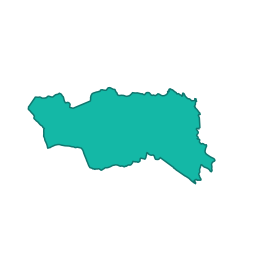 Nicoadala, Zambezia, Mozambique, rotated 306°
{"feature_id": "85939544B24973508625893", "entity_name": "Nicoadala", "entity_type": "district", "adm_level": 2, "iso_a3": "MOZ", "parent_name": "Mozambique", "parent_adm1": "Zambezia", "projection": "natural_earth1", "projection_center": [36.681, -17.573], "detail": "fine", "context": "isolated", "style": "filled", "palette": "teal", "viewbox_px": 256, "rotation_deg": 306, "n_neighbors": 0, "source": "geoboundaries", "source_scale": "gbopen_adm2", "svg_char_len": 5870}
<svg xmlns="http://www.w3.org/2000/svg" viewBox="0 0 256 256"><g transform="rotate(306 128 128)"><path d="M182.4,176.2L182.9,174.8L183.5,172.8L183.8,170.4L184.2,170.4L184.4,170.2L184.5,169.1L185.1,168.9L186.1,168.8L186.8,168.6L187.6,168.0L189.0,167.4L189.4,167.4L189.9,167.7L190.2,167.4L190.6,166.4L190.8,166.3L191.4,166.2L191.3,165.4L191.0,164.9L190.2,165.4L190.2,165.8L190.1,166.1L189.7,166.0L188.9,165.3L187.5,163.5L187.5,162.6L187.7,161.8L187.7,160.8L187.6,160.5L187.3,159.9L187.0,159.3L186.9,158.3L187.2,157.2L187.2,156.0L188.3,153.9L188.6,153.3L188.7,152.5L188.5,152.0L188.2,151.9L187.4,152.3L186.4,153.3L185.9,153.2L185.4,152.8L185.8,151.8L185.4,150.5L185.4,149.9L185.5,149.3L185.5,148.8L185.3,148.4L184.6,147.9L184.4,147.5L184.5,147.1L184.9,146.3L184.9,145.4L184.8,144.6L185.0,142.0L185.0,141.5L184.7,140.9L184.5,139.2L184.3,139.0L183.8,139.3L183.7,139.1L183.6,138.6L183.3,138.5L182.5,138.9L181.8,139.6L181.7,139.6L181.7,139.1L181.0,139.2L180.9,138.7L180.5,138.8L180.2,139.3L179.1,139.7L177.0,139.2L175.6,138.4L175.2,138.0L174.3,136.9L173.9,135.6L173.8,134.7L173.8,133.9L173.6,133.0L173.3,132.2L173.0,132.0L172.3,132.0L171.4,131.6L170.6,131.3L170.2,131.0L169.7,129.5L169.5,129.0L168.6,128.5L168.5,128.3L168.3,127.5L168.5,126.8L168.9,124.8L168.9,124.2L168.6,123.6L167.9,122.6L167.4,122.2L166.8,122.0L164.9,121.9L164.6,121.7L164.3,121.1L164.1,120.4L164.1,119.8L164.0,119.3L163.4,118.6L162.0,115.1L160.5,113.2L159.2,110.9L157.6,110.8L156.0,110.4L155.7,110.5L155.4,110.3L155.0,110.2L153.5,109.0L152.7,108.2L152.4,107.6L151.8,105.4L150.6,103.4L149.3,102.0L149.0,101.6L148.8,100.7L148.8,100.0L148.9,99.7L149.8,98.6L149.9,98.3L150.3,96.6L151.2,95.3L151.4,94.8L151.3,94.4L150.6,93.2L150.2,90.4L149.9,89.5L149.1,88.6L148.5,88.3L147.9,88.2L146.6,88.3L145.7,88.1L145.4,87.8L144.5,86.4L143.8,84.7L143.1,83.9L142.5,83.5L141.2,83.7L140.9,83.5L140.3,82.8L139.6,82.4L138.6,81.4L135.7,79.3L135.2,79.1L134.3,78.8L132.4,79.1L130.3,80.0L130.0,80.4L128.5,81.3L127.9,81.6L127.6,81.6L111.7,72.0L110.8,69.7L110.5,68.8L111.6,67.9L112.5,67.6L113.0,67.3L113.5,66.4L113.6,65.5L113.5,64.7L113.3,64.2L112.9,63.8L112.0,63.1L111.7,62.8L111.7,62.4L112.1,61.3L112.6,60.4L114.9,57.7L115.2,57.1L115.4,55.8L116.0,54.6L116.1,54.1L116.0,53.0L115.7,52.0L115.3,52.0L114.3,51.5L113.7,51.1L112.9,50.3L112.1,49.8L110.5,49.3L109.6,49.2L108.6,48.7L108.0,47.6L107.3,45.5L106.9,44.8L106.0,44.3L104.8,44.3L104.0,43.7L103.2,43.0L101.9,41.3L101.6,40.6L101.5,39.3L101.2,38.5L100.7,37.9L100.4,37.7L99.7,36.8L99.3,36.0L98.5,34.9L87.0,35.2L86.9,35.1L86.4,35.2L85.6,35.9L84.8,36.1L84.4,37.3L84.2,39.1L83.8,40.4L83.3,43.2L82.9,44.5L82.3,45.4L81.3,45.8L80.9,45.9L80.5,46.3L80.3,46.9L80.2,48.2L79.9,49.6L79.9,51.4L79.1,54.8L79.0,56.2L79.1,57.7L79.0,58.1L78.5,58.7L78.4,59.2L78.4,60.5L77.5,60.6L75.2,62.2L75.1,62.3L74.4,62.9L71.8,64.6L70.6,66.6L69.5,67.7L68.7,68.9L68.6,69.3L67.1,71.8L65.8,73.5L64.9,74.4L64.6,75.0L66.2,76.2L66.5,76.6L67.8,77.0L69.9,78.3L71.1,78.9L72.9,80.5L73.7,81.4L74.3,82.2L75.2,84.6L76.6,87.5L77.9,89.5L78.0,89.6L79.0,91.3L79.9,93.7L80.7,94.8L81.1,96.7L81.4,97.2L82.7,98.3L84.2,101.8L84.2,102.3L83.9,103.4L83.4,104.7L82.5,106.0L81.9,106.7L80.3,109.1L78.0,112.9L77.4,113.6L76.4,115.4L75.0,117.5L74.4,118.5L73.6,120.5L74.3,122.5L74.3,123.7L74.4,123.9L74.8,124.1L75.0,124.5L75.0,125.2L75.2,125.6L75.8,125.8L76.8,127.3L77.5,127.9L77.8,128.2L78.1,129.3L78.0,130.7L78.3,131.3L79.3,131.8L79.8,131.9L81.3,132.6L82.4,132.9L82.7,133.1L83.0,133.7L83.6,134.5L84.4,135.2L86.4,136.5L88.7,137.6L90.4,139.2L91.0,139.7L91.9,141.4L92.3,143.4L92.6,144.2L92.9,144.7L93.3,144.9L93.8,145.6L94.1,146.3L94.3,147.6L94.6,147.9L94.8,148.1L95.4,148.2L95.7,148.4L95.9,148.9L96.4,149.3L97.0,149.4L98.2,150.0L98.7,150.5L99.1,151.4L100.1,152.0L102.2,152.1L102.8,152.1L103.4,151.8L103.8,151.7L104.3,152.4L104.8,153.8L105.4,154.2L106.1,156.0L106.6,156.6L108.1,157.1L108.5,157.0L109.9,156.1L110.7,155.9L110.9,156.0L111.4,156.5L111.6,157.3L112.3,158.6L112.7,159.9L112.9,160.0L113.7,160.0L114.9,159.7L116.1,159.1L117.2,158.8L118.3,158.1L119.2,157.9L119.4,158.4L119.3,158.6L119.0,160.2L119.1,161.2L119.5,162.5L120.1,163.4L120.9,164.0L120.9,164.6L120.8,165.4L120.5,166.1L119.8,166.9L119.0,168.3L118.9,168.6L119.1,169.1L119.8,170.3L120.4,171.0L121.3,171.4L123.0,171.6L122.9,187.8L122.9,188.2L122.6,188.4L122.5,188.9L122.6,190.3L122.4,191.8L122.4,192.5L122.5,192.8L122.7,202.2L122.9,203.0L123.1,206.5L123.1,207.0L122.6,210.4L122.5,213.5L122.7,215.2L123.2,215.1L123.5,214.8L123.9,213.9L124.1,212.6L124.4,212.5L124.7,212.5L125.4,213.0L126.4,213.3L126.6,213.9L126.5,214.1L126.4,214.4L126.8,215.2L127.2,215.6L128.4,217.3L128.9,217.5L129.3,217.2L129.6,216.9L130.2,215.4L130.7,214.5L131.4,213.7L132.0,212.5L132.7,212.1L134.5,212.0L136.3,210.4L137.5,209.9L138.9,209.6L140.5,208.9L141.1,208.8L141.3,208.8L141.4,209.1L141.5,209.6L141.2,211.9L141.3,212.8L141.9,214.8L142.2,216.9L142.1,218.3L141.5,219.8L141.5,220.5L141.5,221.0L141.8,221.1L142.6,221.1L143.3,220.8L144.2,219.7L145.9,218.7L147.6,217.0L148.3,216.7L149.3,216.5L150.7,216.7L151.9,217.3L152.3,217.4L152.9,217.3L153.5,216.4L153.7,215.3L153.4,213.8L153.3,212.9L153.1,211.9L153.0,210.4L152.9,207.4L153.0,206.4L153.1,205.9L153.6,204.9L154.5,203.9L157.3,202.7L159.5,202.2L159.9,201.9L160.4,201.3L159.8,200.5L159.5,199.8L159.5,198.3L159.4,197.9L159.2,197.4L158.9,197.1L158.2,196.7L158.1,196.4L158.3,195.5L158.4,194.4L158.6,194.1L158.9,193.8L160.2,193.2L160.7,192.7L160.7,192.0L160.2,191.3L160.1,190.6L160.5,190.8L160.8,190.8L161.4,190.4L161.7,190.1L161.9,189.6L162.1,188.5L162.1,188.3L162.3,188.0L162.6,187.8L163.5,187.6L164.4,187.8L165.0,187.7L165.9,187.3L166.1,186.9L167.2,184.0L167.3,183.9L167.9,183.8L168.2,184.0L168.5,184.5L168.9,185.7L169.3,185.4L169.5,185.4L170.1,185.8L170.6,185.9L178.2,179.7L178.7,178.8L179.1,178.2L179.3,177.7L179.6,177.4L180.0,177.3L180.6,177.3L180.9,178.1L181.5,178.3L182.1,177.5L182.4,177.0L182.4,176.2Z" fill="#14b8a6" stroke="#0f766e" stroke-width="1.5"/></g></svg>